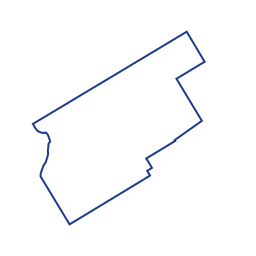 Harmon, Oklahoma, United States of America (orthographic projection), rotated 59°
{"feature_id": "52423323B18210039689715", "entity_name": "Harmon", "entity_type": "district", "adm_level": 2, "iso_a3": "USA", "parent_name": "United States of America", "parent_adm1": "Oklahoma", "projection": "orthographic", "projection_center": [-99.881, 34.769], "detail": "fine", "context": "isolated", "style": "outline", "palette": "blue", "viewbox_px": 256, "rotation_deg": 59, "n_neighbors": 0, "source": "geoboundaries", "source_scale": "gbopen_adm2", "svg_char_len": 633}
<svg xmlns="http://www.w3.org/2000/svg" viewBox="0 0 256 256"><g transform="rotate(59 128 128)"><path d="M76.4,207.4L80.1,207.5L83.6,207.1L84.6,206.7L86.5,205.3L88.6,203.3L89.0,202.7L89.0,202.2L89.3,201.3L89.9,200.6L92.7,200.2L97.9,201.2L99.8,202.0L100.2,203.7L102.1,205.3L107.4,209.2L108.3,209.3L109.0,209.8L111.1,211.8L115.1,216.3L115.5,217.0L115.8,218.2L116.8,219.9L121.8,226.1L124.5,227.9L180.5,227.7L180.2,144.7L180.1,133.6L174.6,133.6L174.5,128.0L163.5,128.0L163.4,94.2L162.4,94.3L159.9,61.0L110.7,61.1L110.7,28.2L75.7,28.1L75.6,136.4L75.6,136.5L75.5,207.4L76.4,207.4Z" fill="none" stroke="#1e3a8a" stroke-width="2"/></g></svg>